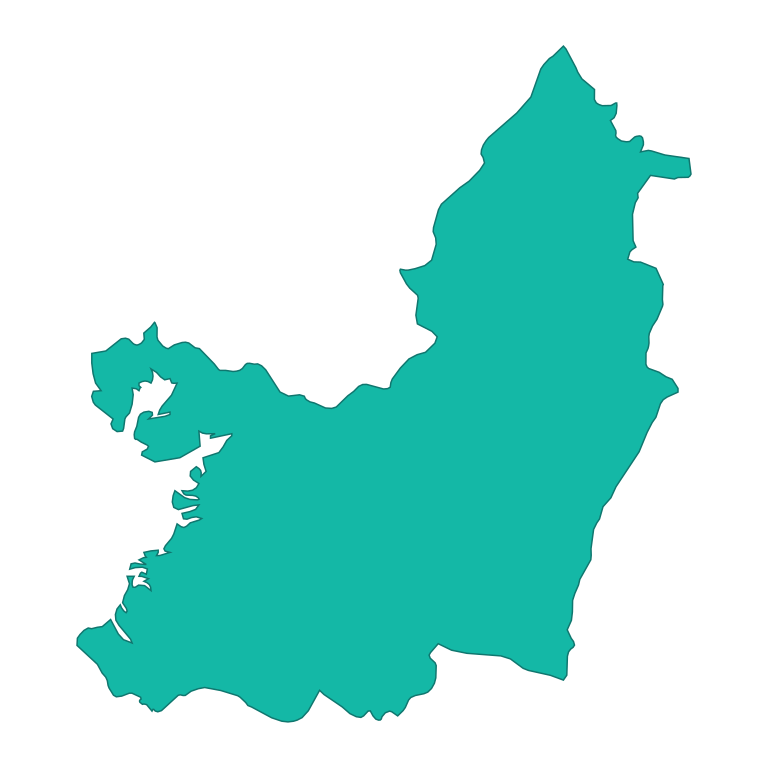 an SVG outline of Valle del Cauca
{"feature_id": "COL-1408", "entity_name": "Valle del Cauca", "entity_type": "Department", "adm_level": 1, "iso_a3": "COL", "parent_name": "Colombia", "parent_adm1": "", "projection": "mercator", "projection_center": [-76.797, 4.064], "detail": "fine", "context": "isolated", "style": "filled", "palette": "teal", "viewbox_px": 768, "rotation_deg": 0, "n_neighbors": 0, "source": "natural_earth", "source_scale": "10m", "svg_char_len": 6103}
<svg xmlns="http://www.w3.org/2000/svg" viewBox="0 0 768 768"><path d="M97.4,664.3L77.0,645.4L77.4,638.2L80.1,634.4L84.0,630.4L88.2,628.0L91.6,628.7L97.3,627.3L102.3,626.6L110.6,619.5L118.3,634.0L123.5,639.7L132.1,643.0L130.5,639.1L119.0,625.3L115.9,620.2L115.4,614.5L117.0,609.0L120.3,604.8L121.5,607.8L123.8,611.0L126.1,612.7L127.1,611.1L126.4,608.5L122.6,602.7L124.4,595.6L127.7,589.7L129.5,583.7L127.1,576.3L134.2,576.3L132.5,579.8L132.2,582.0L132.1,584.7L133.0,587.2L135.2,587.3L138.6,585.1L144.6,585.6L151.0,590.6L150.6,587.2L149.3,584.6L147.0,582.7L143.9,581.3L148.5,578.7L141.9,576.4L139.0,576.3L140.5,573.1L141.8,572.2L146.3,574.2L147.4,569.0L142.4,567.2L135.3,567.6L129.7,569.2L131.1,563.8L135.0,563.0L140.4,564.1L146.3,564.5L139.0,559.9L143.5,557.7L146.3,557.3L145.2,555.9L143.9,552.4L150.9,550.9L158.2,550.2L158.2,552.4L156.5,555.6L159.9,555.5L170.0,552.4L165.1,551.1L163.9,548.8L165.5,545.6L171.6,538.3L173.8,534.0L177.1,523.9L181.1,526.7L183.9,527.5L186.6,526.2L190.3,522.8L199.4,520.0L201.7,518.5L196.3,516.8L191.7,517.5L187.0,519.2L183.5,518.8L182.0,513.4L189.9,511.6L195.6,509.4L198.9,504.9L192.9,505.6L178.4,509.6L173.8,507.4L172.3,502.0L173.1,495.8L174.9,490.7L184.7,497.7L189.9,499.4L197.6,499.9L199.1,499.2L198.2,497.7L195.8,496.1L192.6,495.4L186.0,495.1L183.8,493.8L182.0,490.7L187.8,491.1L192.6,490.2L196.4,487.7L198.9,483.5L193.5,480.1L190.2,476.0L190.6,471.4L196.3,466.7L199.0,468.6L200.6,470.4L201.2,472.8L201.0,476.4L206.1,471.4L203.9,464.3L203.0,457.8L218.9,452.6L223.2,446.8L226.8,440.4L231.8,435.8L231.8,433.7L210.5,438.2L210.5,435.8L215.2,433.7L206.4,433.8L202.5,433.1L198.9,431.1L200.1,446.2L179.9,457.7L154.9,461.9L141.6,455.1L142.3,451.8L147.2,449.1L148.5,446.4L147.2,445.1L141.2,442.1L137.0,439.3L135.5,439.3L134.6,438.4L134.2,434.7L134.6,431.8L136.8,426.3L138.6,417.3L140.4,414.2L143.9,412.1L148.9,411.3L152.2,412.4L152.5,415.1L148.5,419.0L165.0,416.3L170.0,414.5L170.0,412.1L158.2,414.5L159.7,410.1L162.1,406.1L171.5,395.2L177.1,383.1L173.4,383.3L171.7,382.9L170.0,378.6L164.7,379.8L160.6,376.9L156.5,372.4L151.0,368.9L152.5,372.3L153.0,376.1L152.5,379.8L151.0,383.1L148.0,381.5L145.0,381.0L142.0,381.6L139.0,383.1L139.0,385.7L140.8,387.4L140.0,388.0L139.0,390.7L136.4,388.8L132.1,388.1L133.2,394.7L132.1,404.3L129.5,413.0L126.0,416.8L124.9,418.9L123.6,428.5L122.6,431.1L117.1,431.6L112.7,428.7L111.0,423.9L113.1,419.0L95.3,405.0L93.3,402.2L91.7,396.4L93.4,391.3L101.1,390.7L95.6,383.1L93.1,373.7L91.8,363.1L91.8,353.4L105.8,351.0L121.2,338.8L125.5,338.2L128.8,339.2L132.8,343.3L134.4,344.4L137.0,345.1L139.1,344.4L141.5,343.0L144.3,339.4L143.8,333.1L150.8,327.0L154.5,322.3L155.0,322.7L157.1,327.7L157.0,336.9L157.9,340.2L162.7,346.0L166.0,348.1L168.3,348.7L174.3,344.9L182.1,342.5L185.5,342.2L188.8,343.0L195.1,347.8L199.4,348.6L214.3,364.0L218.5,369.4L219.9,370.4L225.5,370.4L233.0,371.5L236.4,371.2L239.8,370.3L242.4,368.5L245.5,364.5L247.2,363.4L249.7,363.3L254.3,364.2L257.7,363.9L261.6,365.8L265.7,369.8L280.0,392.0L288.5,396.1L299.6,394.8L304.3,396.2L305.3,398.5L306.5,399.8L310.0,401.9L314.4,403.0L325.5,408.0L331.8,408.4L336.3,407.0L347.8,395.8L353.7,391.4L358.7,386.4L362.7,384.5L366.6,384.4L383.6,389.0L387.7,388.6L390.2,387.2L390.9,382.5L392.3,379.0L400.3,368.1L409.0,358.9L417.1,354.7L425.5,352.3L434.9,343.2L437.2,336.8L431.9,331.3L417.4,323.9L415.9,315.2L418.2,298.2L417.6,295.3L409.8,288.2L406.4,283.8L400.4,272.8L399.9,270.3L400.4,269.2L405.7,270.2L408.3,270.1L415.0,268.7L424.8,265.6L431.6,260.2L436.2,244.3L435.7,237.9L433.2,231.7L433.5,227.6L438.5,209.7L441.4,204.2L460.0,187.6L469.2,181.1L479.7,170.3L484.5,163.0L483.2,157.6L481.1,154.0L481.5,149.9L483.3,145.1L486.1,140.7L488.7,137.5L516.7,113.1L530.9,97.0L540.8,69.0L543.9,64.5L549.4,58.5L553.0,56.2L563.4,46.1L565.9,48.9L575.9,67.7L577.7,72.1L581.9,78.9L594.5,89.5L594.4,99.5L596.3,102.9L598.8,104.5L602.2,105.7L611.1,105.5L615.6,103.0L616.7,103.0L616.9,105.6L616.2,113.3L614.1,117.7L610.4,120.5L615.8,130.6L616.0,133.1L615.6,135.3L616.0,136.9L617.7,138.6L621.4,141.0L626.4,141.8L629.6,141.5L634.7,137.0L636.3,136.4L639.4,135.9L641.1,136.3L642.5,137.8L643.4,141.9L643.4,144.8L640.5,151.9L648.3,150.4L651.7,151.0L664.9,155.0L689.0,158.5L691.0,174.1L689.8,176.1L688.2,177.3L677.9,177.5L674.4,179.0L650.5,175.4L637.6,193.3L638.1,197.8L635.3,202.7L632.5,214.3L633.1,240.7L635.9,247.1L632.0,249.7L629.9,251.9L627.7,259.2L633.9,261.9L640.5,262.1L656.0,268.3L663.3,284.5L662.8,285.7L662.4,299.6L662.9,304.3L662.5,306.2L657.0,319.2L652.5,326.0L649.3,333.4L648.8,336.7L649.0,343.0L648.6,345.9L648.0,348.4L646.0,352.9L645.9,364.2L647.0,366.9L648.7,368.5L659.2,372.3L665.8,376.7L672.2,379.3L678.0,388.4L678.0,392.1L667.2,397.0L663.2,399.7L660.4,403.8L655.9,417.3L652.2,422.5L647.1,432.4L639.1,451.8L616.0,486.7L610.9,497.8L603.0,506.7L599.5,519.0L596.8,522.9L593.6,529.4L591.0,548.7L591.2,555.3L590.8,559.8L579.8,579.4L578.5,585.0L574.8,593.5L572.6,600.4L572.4,611.9L571.4,620.4L567.2,629.8L571.2,638.3L573.5,641.5L574.5,645.1L573.1,647.3L570.7,649.1L568.6,651.8L567.4,656.2L566.8,675.2L563.4,680.1L550.4,675.3L528.4,670.4L523.1,668.3L510.4,658.9L500.9,655.9L466.9,653.3L451.6,650.2L438.2,643.7L430.5,652.6L429.1,655.1L430.2,658.2L435.1,662.8L436.2,665.6L435.8,677.9L434.4,683.3L431.5,688.5L427.8,692.1L424.0,693.7L415.3,695.5L410.8,697.5L408.6,700.0L405.3,707.5L403.1,710.6L397.7,715.9L391.8,711.8L389.6,711.1L385.3,712.8L382.0,716.7L381.3,719.0L380.3,720.0L378.5,720.1L375.8,719.1L373.0,715.9L370.3,710.9L368.1,711.1L363.6,715.9L360.9,717.4L356.3,716.7L349.9,713.6L342.2,706.9L324.0,694.5L319.6,690.3L308.3,710.8L302.1,717.6L297.2,720.1L293.6,721.2L288.0,721.9L281.8,721.2L271.7,717.8L251.6,707.0L247.9,705.5L245.7,702.5L240.1,697.2L237.7,695.7L220.8,690.5L204.7,687.5L198.3,688.7L191.1,691.2L185.3,695.4L183.1,695.5L180.3,694.8L178.2,695.3L161.5,710.6L157.8,711.8L155.2,711.0L153.8,709.4L153.0,709.3L152.0,711.1L146.6,704.6L144.0,704.0L142.4,704.3L139.9,702.3L139.5,701.0L140.0,699.9L141.1,699.1L140.6,697.2L132.0,693.2L129.3,693.2L121.7,696.1L116.3,696.8L113.5,695.2L109.1,688.1L108.1,685.5L107.3,680.6L105.8,677.2L102.2,673.1L97.4,664.3Z" fill="#14b8a6" stroke="#0f766e" stroke-width="1.5"/></svg>